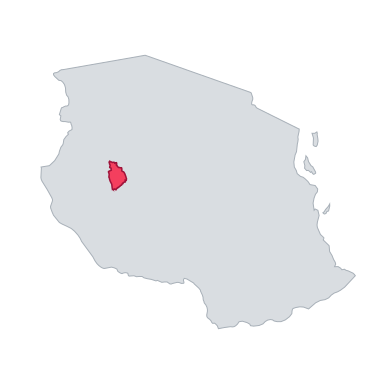 location of Urambo, Tabora, United Republic of Tanzania, rotated 350°
{"feature_id": "72390352B58709749757029", "entity_name": "Urambo", "entity_type": "district", "adm_level": 2, "iso_a3": "TZA", "parent_name": "United Republic of Tanzania", "parent_adm1": "Tabora", "projection": "orthographic", "projection_center": [32.184, -5.233], "detail": "fine", "context": "in_parent", "style": "filled", "palette": "rose", "viewbox_px": 384, "rotation_deg": 350, "n_neighbors": 0, "source": "geoboundaries", "source_scale": "gbopen_adm2", "svg_char_len": 7403}
<svg xmlns="http://www.w3.org/2000/svg" viewBox="0 0 384 384"><g transform="rotate(350 192 192)"><path d="M141.1,273.3L136.8,271.0L132.9,269.6L129.7,268.1L128.3,266.6L125.3,266.0L122.7,265.8L120.3,264.4L115.4,263.9L114.8,263.0L114.7,260.9L113.9,260.4L112.1,259.8L110.1,259.9L109.0,260.2L108.3,260.0L106.7,258.8L105.2,257.3L104.6,254.8L102.3,253.2L99.7,252.0L92.5,252.1L91.3,251.7L89.6,250.5L87.6,248.4L86.0,246.1L84.5,242.9L83.1,238.6L74.7,221.5L73.8,218.2L72.2,214.6L69.5,210.2L66.7,206.9L62.8,204.0L58.5,201.0L56.1,199.0L51.6,190.9L50.7,187.2L50.0,183.2L50.2,181.6L53.0,176.6L53.3,175.2L52.9,173.2L51.5,169.2L49.8,164.3L46.2,155.4L45.7,153.2L45.7,151.5L47.8,142.4L47.7,141.2L56.1,141.3L62.2,137.3L67.5,131.4L68.5,128.9L70.7,125.1L72.8,123.2L73.6,121.9L74.9,118.1L77.6,115.5L80.4,113.6L79.8,112.2L80.2,111.7L81.7,110.6L84.6,109.7L85.1,107.7L85.1,105.5L84.7,104.2L84.7,102.8L84.3,102.0L82.4,101.8L79.6,100.7L77.2,100.2L75.6,99.5L75.1,99.1L74.8,97.7L76.1,94.2L74.8,92.8L77.7,87.1L78.2,86.4L79.3,86.3L81.0,85.7L82.5,85.4L83.8,85.6L84.7,85.4L85.6,84.7L86.3,82.8L86.8,79.5L86.5,76.9L85.3,74.8L85.0,71.7L85.5,67.5L85.1,64.1L83.8,61.3L82.4,59.6L80.3,58.9L77.0,54.6L76.0,52.6L76.2,51.3L77.3,50.8L79.4,50.9L81.4,50.4L83.2,49.3L85.0,48.9L86.0,49.1L169.6,49.2L267.1,104.2L267.5,104.8L268.2,109.5L268.0,111.1L266.5,113.8L266.1,115.2L266.1,116.2L266.4,116.6L267.7,116.8L268.8,117.4L269.2,117.9L270.0,120.0L271.0,121.0L307.7,148.1L308.5,148.6L308.0,150.8L305.8,156.2L305.7,158.5L304.9,161.1L304.1,162.9L301.9,170.5L300.0,173.4L297.5,180.1L297.1,185.2L298.4,188.8L298.8,192.2L301.6,195.5L303.9,196.7L305.4,198.3L308.0,201.8L309.5,205.2L314.4,207.0L316.3,210.9L315.5,213.6L313.2,215.7L311.1,219.3L309.3,224.0L309.1,231.2L310.3,230.1L312.8,231.9L313.1,237.2L310.3,243.3L309.4,246.2L309.3,248.7L311.1,256.1L313.9,259.9L313.6,261.0L312.9,262.0L317.7,268.7L317.2,274.5L318.9,279.0L319.7,282.9L320.8,285.9L321.0,288.0L319.4,290.3L323.0,290.9L325.1,292.8L326.1,294.6L328.7,294.5L330.0,295.8L332.1,296.8L336.5,299.9L337.6,301.4L338.3,302.8L325.8,312.2L321.2,314.5L318.0,315.6L314.6,316.2L311.3,317.7L308.2,320.0L304.3,321.1L299.5,321.1L294.5,322.6L286.5,327.4L281.9,324.7L278.3,323.8L274.2,323.8L271.7,324.2L270.7,324.7L269.9,326.4L269.2,329.1L266.4,331.7L261.6,334.2L257.2,335.1L253.2,334.4L250.5,333.3L249.1,331.9L247.0,331.2L244.2,331.3L241.6,332.3L239.0,334.2L234.9,335.1L229.4,334.8L226.4,333.8L226.0,332.2L223.6,330.2L219.2,328.0L215.9,327.9L213.8,330.0L211.8,331.3L210.1,331.9L208.5,331.9L206.3,331.3L200.1,331.1L194.3,331.2L193.7,328.1L192.5,326.3L191.5,325.1L189.5,324.9L188.9,324.0L188.3,322.1L187.3,320.5L186.0,319.2L185.2,317.9L185.0,316.8L185.2,315.5L186.4,312.4L186.8,310.3L186.7,308.1L186.1,305.8L184.7,303.1L184.9,302.4L184.4,300.6L184.4,299.3L184.6,297.7L184.4,295.6L183.2,291.1L183.2,290.0L182.0,287.8L178.1,282.7L177.9,282.0L171.9,276.8L169.4,275.7L168.5,276.7L168.2,277.6L168.4,279.2L168.3,280.0L168.0,280.4L166.6,280.3L165.7,280.2L163.4,278.8L161.6,278.4L157.1,278.7L155.5,279.0L154.3,278.7L151.9,276.3L149.1,275.8L146.6,275.7L142.5,273.0L141.1,273.3ZM315.3,188.2L317.2,193.9L317.0,195.0L315.5,195.6L314.8,195.7L313.9,194.7L313.3,192.8L312.2,193.3L310.4,190.9L308.6,190.8L307.0,188.1L307.7,185.7L307.4,181.6L309.4,179.6L310.5,176.1L311.8,178.5L312.0,182.2L313.7,186.6L315.3,188.2ZM325.4,154.5L325.6,155.8L325.2,157.1L325.2,161.1L325.0,163.8L323.5,167.5L322.2,168.8L321.1,168.4L320.2,167.8L319.5,166.7L321.0,159.9L320.4,155.0L323.2,155.5L325.4,154.5ZM320.2,236.4L318.7,236.7L318.2,236.4L317.3,235.2L318.9,234.3L320.4,232.5L323.8,229.8L325.5,227.7L325.2,229.8L323.2,234.4L321.5,234.6L320.2,236.4Z" fill="#d9dde1" stroke="#a8b0b8" stroke-width="1"/><path d="M117.6,176.5L117.7,176.4L117.8,176.3L118.0,176.1L118.3,175.7L118.5,175.6L118.6,175.4L118.8,175.2L119.0,175.2L119.1,175.3L119.3,175.2L119.5,175.1L119.5,174.9L119.6,174.7L119.8,174.7L120.0,174.7L120.2,174.8L120.3,174.7L120.5,174.6L120.8,174.5L120.8,174.4L121.0,174.3L121.1,174.2L121.3,174.2L121.6,174.0L121.7,173.9L121.8,173.9L122.0,173.8L122.2,173.7L122.3,173.7L122.5,173.5L122.6,173.4L122.7,173.1L122.8,173.1L123.0,173.1L123.3,173.1L123.5,173.1L123.8,172.9L124.1,172.7L124.2,172.4L124.3,172.3L124.4,172.2L124.5,172.0L124.6,171.9L124.6,172.0L124.8,172.0L124.8,171.9L124.8,172.0L125.0,171.9L125.3,171.8L125.3,171.7L125.5,171.6L125.7,171.4L125.8,171.3L125.8,171.2L126.0,171.1L126.2,170.9L126.3,170.8L126.4,170.7L126.5,170.6L126.9,170.6L127.1,170.5L127.3,170.5L127.5,170.5L127.8,170.6L127.9,170.4L127.9,170.0L128.1,170.0L128.1,169.9L127.9,169.8L127.9,169.7L128.0,169.5L128.2,169.4L128.3,169.3L128.3,169.2L128.4,169.3L128.6,169.4L128.7,169.2L128.8,169.2L129.0,169.2L129.3,169.1L129.3,168.9L129.2,168.8L129.2,168.6L129.3,168.5L129.2,168.4L129.3,168.2L129.5,168.2L129.8,167.8L129.8,167.7L129.8,167.4L129.7,167.0L129.6,166.7L129.6,166.3L129.6,165.6L129.4,164.9L129.4,164.3L129.3,164.0L129.2,163.6L129.2,163.3L129.1,163.1L129.1,162.7L129.0,162.4L128.9,162.3L128.9,162.1L128.7,161.5L128.6,161.3L128.6,161.2L128.5,160.9L128.4,160.9L128.3,160.7L128.2,160.6L128.1,160.4L128.0,160.2L127.8,160.1L127.7,160.0L127.5,159.9L127.4,159.8L127.1,159.7L126.9,159.4L126.6,159.1L126.5,158.9L126.6,158.6L126.6,158.4L126.8,158.1L126.8,157.8L126.8,157.6L126.8,157.4L126.9,157.1L126.9,156.9L126.9,156.5L126.9,156.4L126.9,156.1L126.8,155.9L126.7,155.9L126.3,155.8L126.1,155.8L125.9,155.8L125.8,155.7L125.6,155.7L125.4,155.6L125.2,155.5L125.1,155.4L124.9,155.3L124.7,155.2L124.4,155.2L124.2,155.2L123.9,155.1L123.6,154.6L123.5,154.4L123.2,154.2L123.0,153.8L122.9,153.7L122.8,153.4L122.7,153.2L122.8,153.2L122.8,152.8L122.8,152.7L122.7,152.4L122.3,152.4L122.2,152.4L122.1,152.2L122.2,151.9L122.4,151.7L122.5,151.3L122.5,151.2L122.8,150.9L122.8,150.5L122.8,150.4L122.7,150.0L122.4,150.0L122.1,150.0L121.7,149.9L121.6,150.0L121.1,150.3L120.9,150.3L120.8,149.8L120.6,149.4L120.3,149.1L119.9,149.1L119.6,149.1L119.1,149.1L118.8,149.1L118.6,149.1L118.4,148.8L118.2,148.6L117.8,148.5L117.8,148.4L117.7,148.3L117.3,148.3L117.1,148.2L116.9,148.1L116.6,147.8L116.4,147.4L116.3,147.5L116.1,147.6L115.9,147.8L115.7,147.9L115.6,148.2L115.5,148.4L115.6,148.7L115.7,149.6L115.6,149.9L115.7,150.1L115.7,150.4L115.9,150.8L116.0,150.9L116.0,151.1L116.0,151.3L116.0,151.7L116.0,151.9L115.9,152.1L115.7,152.2L115.7,152.3L115.5,152.6L115.4,152.9L115.3,153.0L115.2,153.6L115.3,153.7L115.5,153.9L116.1,154.2L116.3,154.3L116.3,154.6L116.4,154.9L116.4,155.2L116.3,155.5L116.2,155.8L116.2,156.0L116.3,156.2L116.3,156.3L116.3,156.5L116.2,156.5L115.8,156.7L115.7,156.7L115.4,156.8L115.1,156.8L114.9,156.8L114.7,156.9L114.5,157.0L114.4,157.1L114.1,157.1L113.9,157.1L113.7,157.2L113.4,157.3L113.3,157.6L113.2,157.7L113.2,157.8L113.2,158.0L113.3,158.3L113.4,158.6L113.4,158.9L113.4,159.1L113.5,159.5L113.5,160.0L113.4,160.7L113.2,161.3L113.0,162.0L112.9,162.4L112.8,162.6L112.7,162.8L112.8,163.2L112.9,163.4L113.0,163.6L113.0,163.9L113.0,164.3L113.0,164.7L113.0,165.2L113.1,165.5L113.1,165.9L113.2,166.1L113.2,166.6L113.3,166.9L113.3,167.2L113.4,167.4L113.5,167.7L113.5,167.9L113.8,168.6L113.8,168.8L113.9,169.1L114.0,169.4L114.1,169.7L114.2,170.0L114.3,170.3L114.3,171.4L114.2,172.0L114.2,172.7L114.1,173.9L114.1,174.8L114.1,175.6L114.3,175.5L114.5,175.4L114.6,175.5L114.8,175.8L114.8,175.7L114.9,175.8L115.0,175.7L115.3,175.7L115.5,175.7L115.8,175.8L116.0,175.6L116.3,175.9L116.7,176.0L116.9,175.9L117.1,176.1L117.3,176.1L117.5,176.1L117.6,176.5Z" fill="#f43f5e" stroke="#9f1239" stroke-width="1.5"/></g></svg>